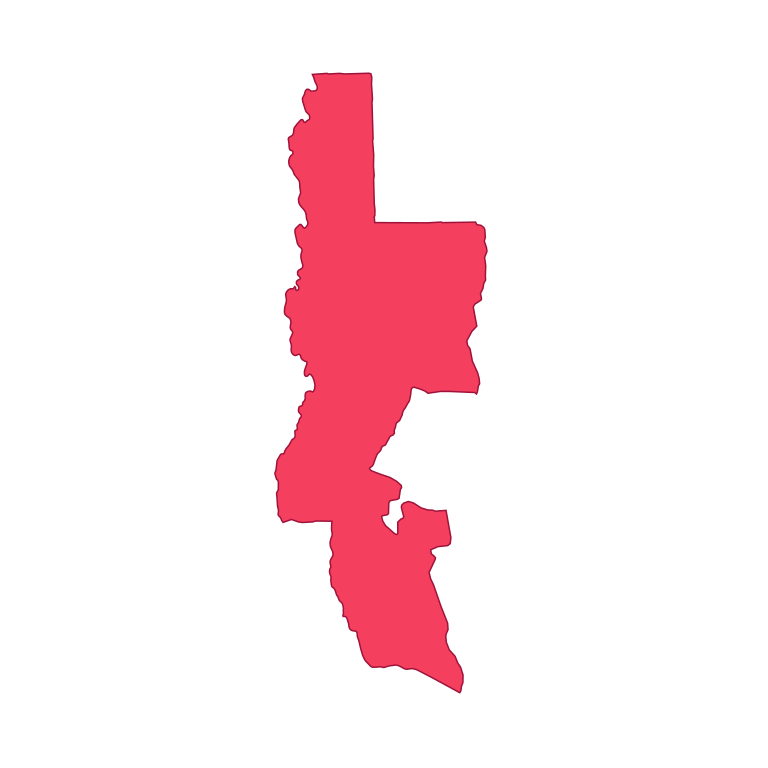 Patulul, Suchitepéquez, Guatemala, rotated 168°
{"feature_id": "79465075B31102822949903", "entity_name": "Patulul", "entity_type": "district", "adm_level": 2, "iso_a3": "GTM", "parent_name": "Guatemala", "parent_adm1": "Suchitepéquez", "projection": "natural_earth1", "projection_center": [-91.15, 14.387], "detail": "fine", "context": "isolated", "style": "filled", "palette": "rose", "viewbox_px": 768, "rotation_deg": 168, "n_neighbors": 0, "source": "geoboundaries", "source_scale": "gbopen_adm2", "svg_char_len": 6149}
<svg xmlns="http://www.w3.org/2000/svg" viewBox="0 0 768 768"><g transform="rotate(168 384 384)"><path d="M389.7,701.7L389.0,698.6L388.7,694.5L387.5,689.5L387.6,688.0L388.0,686.6L389.0,685.5L389.7,685.2L391.2,685.1L393.7,685.5L394.8,685.9L396.2,687.7L397.2,688.2L398.5,688.2L399.6,687.4L400.1,686.8L401.7,683.8L404.2,680.7L404.6,679.6L404.7,676.5L403.9,667.8L403.4,666.1L401.4,663.1L401.2,662.2L401.2,660.5L401.5,659.0L402.4,658.2L404.3,657.6L406.7,656.3L407.7,656.5L408.2,658.3L408.7,659.5L409.7,659.7L410.5,659.6L414.7,656.6L418.4,653.4L419.1,652.2L420.3,648.4L421.3,646.9L422.1,646.2L425.1,645.2L426.0,644.7L426.7,643.6L426.9,639.5L427.5,635.7L427.6,633.9L427.4,632.7L426.6,631.9L425.6,631.4L424.9,630.5L425.0,629.3L425.3,628.1L426.5,627.2L427.5,626.8L429.0,625.3L430.0,623.8L430.9,621.7L431.2,619.2L431.1,617.1L430.8,616.1L428.9,612.2L428.2,607.7L425.1,601.3L424.7,599.8L424.8,597.6L425.4,594.2L425.7,589.3L425.9,588.2L426.4,587.3L429.1,583.1L429.5,580.8L429.6,579.1L429.2,577.0L428.6,575.6L425.8,570.5L425.1,568.5L425.0,564.9L425.4,562.3L425.4,561.2L424.9,558.8L425.1,556.6L426.0,555.2L427.0,554.3L428.2,553.4L429.1,553.0L430.2,553.6L431.6,556.6L432.2,557.4L433.4,557.5L437.5,554.9L438.7,553.8L439.2,552.8L439.6,550.5L439.5,539.7L439.1,538.1L438.4,536.4L436.6,533.9L436.3,532.8L436.4,531.5L438.3,527.9L439.0,524.8L439.0,520.6L438.7,517.3L438.8,516.4L439.4,515.1L440.4,514.1L443.5,513.2L444.6,512.4L445.3,511.4L445.6,509.8L445.6,508.5L444.2,506.3L443.7,505.0L444.7,504.0L447.1,503.4L448.1,502.6L448.6,501.8L448.8,500.6L448.6,499.5L447.6,497.7L447.3,496.8L447.4,495.6L448.0,494.4L448.9,493.8L450.0,493.7L450.7,494.5L450.4,496.9L451.0,497.8L452.9,496.1L453.9,496.1L455.1,496.6L457.0,496.4L458.0,496.0L459.0,495.4L460.3,494.2L461.1,493.1L461.6,491.8L461.9,486.7L462.5,484.8L465.3,479.2L466.4,475.5L466.5,473.6L466.3,472.4L464.4,469.8L462.5,467.9L462.2,466.9L462.1,465.2L462.2,463.7L463.9,459.2L464.0,458.2L463.8,456.7L463.1,455.7L462.6,454.2L462.8,452.7L466.5,447.5L466.9,446.1L466.5,441.7L466.8,439.7L467.7,437.1L467.9,434.7L467.6,433.4L466.9,431.9L465.9,430.8L464.4,430.2L461.5,430.8L460.7,430.7L459.9,429.6L459.6,426.3L458.7,424.6L456.9,423.0L455.1,421.9L454.9,420.8L455.2,419.9L458.5,414.4L459.2,412.9L459.8,410.2L459.7,408.9L459.0,407.9L458.0,407.6L456.9,407.8L455.0,409.2L454.0,408.7L453.1,407.4L452.3,405.7L451.7,401.8L451.7,397.5L452.2,395.8L452.9,393.6L454.5,391.5L455.7,391.1L456.6,392.0L457.7,392.5L459.5,392.6L461.3,392.3L462.2,391.8L462.8,391.2L463.7,388.6L464.0,386.3L465.1,384.5L466.0,383.6L467.1,383.0L467.7,381.9L467.9,380.7L468.8,379.8L471.0,379.6L471.9,379.1L472.5,378.0L473.2,375.9L473.2,374.3L471.6,371.3L471.4,370.4L471.8,369.2L472.8,368.5L474.0,367.3L475.5,364.3L477.4,362.4L477.7,361.5L478.1,358.1L478.9,357.3L479.9,357.1L481.0,356.6L481.6,352.0L482.3,350.4L483.1,349.6L485.3,348.8L485.9,348.3L489.8,343.8L493.2,341.1L494.8,339.3L495.9,337.4L496.9,336.6L499.1,336.9L499.9,336.5L503.8,332.2L504.6,331.0L507.4,322.7L509.3,319.4L509.3,317.8L508.9,313.2L508.0,312.0L507.7,310.7L507.8,309.7L509.4,302.5L511.6,299.9L511.9,299.0L512.3,294.9L513.5,287.1L513.5,282.0L514.6,279.0L514.7,278.0L514.2,276.6L513.4,275.5L512.9,274.3L512.4,271.7L511.5,269.6L502.7,270.7L496.4,266.9L492.7,265.5L482.2,263.9L479.4,264.2L463.5,260.6L465.4,253.6L465.7,251.1L465.7,248.8L466.3,246.5L468.2,243.5L469.7,240.3L470.1,237.7L470.1,235.3L469.1,230.9L469.2,228.6L469.5,227.3L470.1,226.2L472.4,223.7L473.2,222.5L473.7,221.3L473.9,219.9L473.9,216.5L474.3,215.7L475.6,214.0L476.4,211.7L476.3,208.8L475.9,206.4L476.1,205.3L476.7,203.9L476.9,202.6L477.2,198.8L477.2,197.0L476.6,195.8L475.5,194.7L475.1,193.8L474.6,191.7L474.2,187.5L473.3,185.3L472.8,181.9L472.3,180.9L470.8,178.8L470.4,177.7L470.2,175.7L470.4,172.7L470.9,171.1L471.3,168.4L472.3,166.1L472.3,165.1L471.5,165.1L469.8,164.3L469.0,162.9L468.5,157.5L468.7,153.5L468.5,152.0L468.0,150.9L467.2,150.0L466.2,149.3L463.1,148.1L462.3,147.2L462.1,145.9L462.6,142.5L462.0,138.5L461.8,129.5L461.3,123.1L460.3,118.6L459.5,116.7L455.7,110.6L454.3,109.4L449.6,108.5L446.7,108.3L443.1,106.7L437.7,107.2L430.5,106.6L427.7,105.1L423.2,101.2L421.3,100.3L415.6,99.8L411.6,97.9L399.5,88.0L374.1,66.3L372.6,67.9L371.0,72.4L368.9,75.5L367.2,82.9L368.0,91.2L369.8,95.6L371.1,102.9L375.4,110.3L376.7,118.0L376.1,124.0L375.2,126.5L372.4,130.5L371.5,136.9L374.5,154.6L377.3,177.1L378.9,183.8L379.1,190.3L370.4,201.8L369.8,203.5L371.4,206.1L373.0,208.0L372.8,212.1L365.3,213.7L355.3,212.7L352.4,214.1L350.5,219.9L349.6,247.5L360.1,248.9L362.5,250.4L367.6,251.8L373.6,255.2L379.9,261.5L384.6,264.0L389.5,263.4L391.9,261.8L392.7,259.7L392.3,250.0L393.5,248.7L395.5,248.4L399.3,246.0L401.6,234.9L402.6,234.2L403.7,234.5L405.1,235.9L412.0,245.2L413.7,250.2L413.9,254.7L412.9,255.5L408.0,255.4L406.6,256.2L404.0,266.8L402.2,268.6L394.9,268.4L393.0,269.1L390.0,277.2L388.3,279.2L388.2,281.1L391.7,286.0L397.4,291.2L407.6,297.3L414.1,301.6L415.5,303.3L415.7,304.6L412.6,306.2L411.2,307.5L408.4,312.1L406.0,315.8L403.9,317.9L402.2,318.9L401.0,319.9L399.4,322.5L398.7,323.2L397.7,323.6L395.9,323.8L394.9,324.5L392.2,327.8L390.8,329.1L390.2,330.2L388.5,331.7L385.3,332.4L384.0,333.9L383.9,335.2L383.5,336.8L381.7,339.5L381.1,341.2L380.0,343.2L376.3,345.1L372.7,349.9L371.7,352.2L370.5,354.1L367.8,356.6L364.9,360.0L363.1,361.7L362.3,363.0L360.2,367.9L358.8,372.2L358.2,373.4L357.2,374.4L355.7,374.7L355.0,374.5L349.5,371.4L345.3,368.5L342.9,365.8L330.3,365.0L321.9,363.2L297.0,356.8L295.6,355.0L294.3,356.8L292.1,362.5L290.4,364.4L289.8,369.9L290.1,375.5L292.8,388.0L292.5,400.5L294.2,404.4L294.0,409.1L287.1,417.2L281.2,421.3L280.7,440.7L278.8,443.1L271.6,445.9L270.9,447.1L270.8,452.5L267.3,457.0L265.5,461.6L263.0,464.6L262.4,468.5L259.9,478.6L259.3,486.9L255.7,492.3L255.4,496.0L256.2,502.9L254.4,506.4L253.3,514.1L253.8,516.3L256.1,519.0L260.1,520.6L260.7,523.3L293.3,529.7L294.3,530.5L307.9,532.6L359.5,543.8L358.8,549.5L358.0,550.5L356.7,555.9L355.9,563.2L351.5,586.7L350.3,589.6L349.0,599.2L346.4,610.4L344.6,624.1L343.7,626.1L337.2,661.9L336.0,665.2L333.9,679.8L332.2,686.4L332.3,690.1L334.1,691.1L357.7,695.4L363.0,697.1L373.9,698.8L375.2,699.7L389.7,701.7Z" fill="#f43f5e" stroke="#9f1239" stroke-width="1.5"/></g></svg>